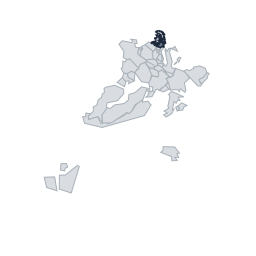 Greece on a map of Europe (Mercator projection), rotated 218°
{"feature_id": "GRC", "entity_name": "Greece", "entity_type": "country or territory", "adm_level": 0, "iso_a3": "GRC", "parent_name": "Europe", "parent_adm1": "", "projection": "mercator", "projection_center": [23.941, 38.339], "detail": "fine", "context": "in_parent", "style": "filled", "palette": "slate", "viewbox_px": 256, "rotation_deg": 218, "n_neighbors": 37, "source": "natural_earth", "source_scale": "50m", "svg_char_len": 12685}
<svg xmlns="http://www.w3.org/2000/svg" viewBox="0 0 256 256"><g transform="rotate(218 128 128)"><path d="M132.7,41.8L144.7,37.6L153.0,48.6L148.4,52.3L144.9,67.3L142.7,67.7L132.7,41.8ZM170.4,113.9L165.9,116.4L166.6,112.8L164.3,110.6L158.8,118.5L152.4,114.8L149.9,119.7L146.5,118.9L138.4,136.4L138.4,139.5L136.6,139.5L135.4,143.3L136.1,154.9L133.8,159.4L132.5,157.2L128.9,161.3L124.0,160.4L122.7,147.9L148.7,112.5L165.1,105.0L170.8,109.1L168.4,110.5L170.4,113.9ZM163.7,37.6L155.7,44.3L145.3,34.8L155.5,31.0L163.7,37.6ZM158.8,58.6L154.7,62.1L151.5,60.2L152.7,57.9L151.6,55.1L155.4,53.3L158.8,58.6Z" fill="#d9dde1" stroke="#a8b0b8" stroke-width="1"/><path d="M118.2,184.1L128.4,190.1L124.6,196.4L127.2,204.3L117.0,207.6L110.1,204.9L111.4,198.3L105.4,193.1L105.2,191.1L110.7,191.2L110.1,188.0L111.8,189.2L118.2,184.1ZM129.7,209.5L130.8,206.0L130.5,210.0L129.7,209.5Z" fill="#d9dde1" stroke="#a8b0b8" stroke-width="1"/><path d="M133.8,159.4L136.7,150.5L135.4,143.3L136.6,139.5L138.4,139.5L144.3,121.7L151.3,116.2L156.6,122.0L157.3,131.1L154.1,132.3L152.7,138.0L146.2,144.8L144.9,150.3L147.9,155.0L144.4,159.9L142.6,168.8L137.3,171.2L133.8,159.4Z" fill="#d9dde1" stroke="#a8b0b8" stroke-width="1"/><path d="M165.1,168.6L170.0,170.6L169.8,173.0L173.3,177.5L170.8,178.3L171.7,181.3L169.4,183.6L156.6,182.8L156.5,175.8L160.3,174.6L162.0,170.4L165.1,168.6Z" fill="#d9dde1" stroke="#a8b0b8" stroke-width="1"/><path d="M177.6,199.2L180.4,199.7L175.5,202.6L172.9,200.1L175.0,198.7L171.5,196.4L166.0,200.1L166.3,197.2L168.5,197.2L166.0,192.6L159.0,193.7L154.0,191.8L157.3,186.2L156.6,182.8L158.5,181.9L169.4,183.6L170.1,181.4L175.3,180.6L178.2,185.7L186.8,188.5L186.2,193.2L177.5,197.6L177.6,199.2Z" fill="#d9dde1" stroke="#a8b0b8" stroke-width="1"/><path d="M156.5,175.8L157.1,179.5L156.0,180.1L157.5,185.4L155.2,190.1L143.2,186.2L139.3,178.6L139.4,176.3L145.8,172.8L156.5,175.8Z" fill="#d9dde1" stroke="#a8b0b8" stroke-width="1"/><path d="M144.6,192.6L142.9,196.5L140.4,197.2L130.9,195.4L137.2,194.4L138.5,190.5L143.8,190.8L144.6,192.6Z" fill="#d9dde1" stroke="#a8b0b8" stroke-width="1"/><path d="M154.0,191.8L155.1,193.3L152.0,197.5L147.3,198.9L143.2,196.1L144.6,192.6L154.0,191.8Z" fill="#d9dde1" stroke="#a8b0b8" stroke-width="1"/><path d="M162.3,192.3L166.0,192.6L168.5,197.2L166.3,197.2L165.2,199.7L165.0,196.2L162.3,192.3Z" fill="#d9dde1" stroke="#a8b0b8" stroke-width="1"/><path d="M165.2,199.7L167.7,200.2L165.8,204.2L155.5,203.9L150.6,198.0L155.9,192.7L162.3,192.3L165.0,196.2L165.2,199.7Z" fill="#d9dde1" stroke="#a8b0b8" stroke-width="1"/><path d="M162.0,170.4L160.3,174.6L156.5,175.8L152.1,169.0L159.0,167.9L162.0,170.4Z" fill="#d9dde1" stroke="#a8b0b8" stroke-width="1"/><path d="M163.5,164.2L165.1,168.6L162.0,170.4L159.0,167.9L152.1,169.0L154.8,163.3L156.2,165.8L159.6,162.5L163.5,164.2Z" fill="#d9dde1" stroke="#a8b0b8" stroke-width="1"/><path d="M164.7,157.2L163.5,164.2L158.0,163.1L156.3,158.3L164.7,157.2Z" fill="#d9dde1" stroke="#a8b0b8" stroke-width="1"/><path d="M139.4,176.3L141.1,184.2L136.0,186.6L138.5,190.5L137.2,194.4L127.3,194.0L128.4,190.1L125.8,189.6L124.7,187.0L124.6,182.0L126.1,180.9L126.6,176.5L128.5,177.0L129.7,175.4L129.2,172.5L131.7,172.4L133.6,175.5L136.5,174.0L139.4,176.3Z" fill="#d9dde1" stroke="#a8b0b8" stroke-width="1"/><path d="M155.0,202.9L155.5,203.9L165.8,204.2L164.8,208.5L155.6,210.1L155.0,202.9Z" fill="#d9dde1" stroke="#a8b0b8" stroke-width="1"/><path d="M152.0,211.3L150.4,214.2L149.1,212.7L149.7,206.8L152.0,211.3Z" fill="#d9dde1" stroke="#a8b0b8" stroke-width="1"/><path d="M143.9,197.0L149.0,200.3L142.4,201.4L147.3,207.3L142.9,204.7L140.8,200.7L138.6,200.6L143.9,197.0Z" fill="#d9dde1" stroke="#a8b0b8" stroke-width="1"/><path d="M131.1,194.2L132.6,197.0L126.9,198.9L124.6,197.6L125.9,194.2L131.1,194.2Z" fill="#d9dde1" stroke="#a8b0b8" stroke-width="1"/><path d="M124.2,187.1L124.9,188.9L124.0,188.7L124.2,187.1Z" fill="#d9dde1" stroke="#a8b0b8" stroke-width="1"/><path d="M124.9,185.1L124.0,188.7L118.2,184.1L122.7,183.1L124.9,185.1Z" fill="#d9dde1" stroke="#a8b0b8" stroke-width="1"/><path d="M126.2,177.1L124.9,185.1L119.7,183.5L122.2,178.3L126.2,177.1Z" fill="#d9dde1" stroke="#a8b0b8" stroke-width="1"/><path d="M97.1,208.8L98.5,207.8L101.9,210.0L99.9,214.2L100.8,217.8L99.3,220.7L97.4,220.6L97.5,217.4L96.2,216.3L97.1,208.8Z" fill="#d9dde1" stroke="#a8b0b8" stroke-width="1"/><path d="M100.0,220.1L99.9,214.2L101.9,210.0L98.5,207.8L97.1,208.8L96.5,205.9L99.0,204.1L119.1,207.3L117.4,210.4L115.1,210.9L113.1,215.0L113.8,216.3L109.7,221.1L103.8,222.7L100.0,220.1Z" fill="#d9dde1" stroke="#a8b0b8" stroke-width="1"/><path d="M102.3,175.9L101.2,180.8L95.4,182.1L96.9,179.0L95.9,175.9L99.8,171.9L99.8,175.3L102.3,175.9Z" fill="#d9dde1" stroke="#a8b0b8" stroke-width="1"/><path d="M132.7,195.9L138.8,197.0L139.1,199.4L136.1,199.9L136.6,203.2L147.2,212.5L147.0,213.8L144.4,212.3L144.8,215.9L142.3,218.2L143.0,215.8L141.8,213.2L134.1,207.6L132.3,203.7L129.9,202.5L127.2,204.3L126.1,198.3L132.7,195.9ZM136.3,218.9L142.0,217.5L141.2,221.2L136.3,218.9ZM128.5,211.0L131.5,212.1L131.3,215.3L129.7,215.9L128.5,211.0Z" fill="#d9dde1" stroke="#a8b0b8" stroke-width="1"/><path d="M131.7,172.4L129.2,172.5L128.4,167.4L132.9,163.3L132.3,166.2L133.6,167.6L131.7,172.4ZM136.2,168.8L135.7,173.0L133.8,171.2L133.5,169.8L136.2,168.8Z" fill="#d9dde1" stroke="#a8b0b8" stroke-width="1"/><path d="M102.3,175.9L99.8,175.3L99.8,171.9L103.3,173.8L102.3,175.9ZM108.0,177.3L104.4,169.8L103.4,171.4L102.4,166.5L104.5,160.2L108.1,160.2L106.2,164.0L110.0,163.5L107.9,169.2L109.8,169.4L114.5,178.8L116.7,179.4L116.3,183.7L103.1,186.9L107.4,183.3L104.0,181.6L105.9,180.7L105.3,177.1L108.0,177.3Z" fill="#d9dde1" stroke="#a8b0b8" stroke-width="1"/><path d="M87.1,129.0L86.7,131.9L88.8,134.9L79.5,141.8L72.0,139.9L73.8,138.0L69.9,136.0L73.0,133.8L69.2,132.8L73.2,129.2L76.0,132.3L87.1,129.0Z" fill="#d9dde1" stroke="#a8b0b8" stroke-width="1"/><path d="M138.8,197.0L143.2,196.1L143.9,197.0L141.6,199.7L138.7,199.6L138.8,197.0Z" fill="#d9dde1" stroke="#a8b0b8" stroke-width="1"/><path d="M166.6,112.8L165.6,119.9L168.4,123.2L166.7,126.8L168.8,132.0L167.6,135.7L169.2,138.9L168.5,141.6L171.2,144.4L170.5,146.4L164.9,153.5L155.4,155.9L152.6,152.7L153.0,143.1L160.0,135.0L156.7,129.3L156.6,122.0L151.3,116.2L158.8,118.5L164.3,110.6L166.6,112.8Z" fill="#d9dde1" stroke="#a8b0b8" stroke-width="1"/><path d="M154.8,190.0L153.6,192.1L146.2,193.6L144.5,191.7L147.5,188.8L154.8,190.0Z" fill="#d9dde1" stroke="#a8b0b8" stroke-width="1"/><path d="M141.1,184.2L145.7,186.3L148.1,188.8L139.8,191.4L136.5,188.7L136.0,186.6L141.1,184.2Z" fill="#d9dde1" stroke="#a8b0b8" stroke-width="1"/><path d="M147.5,206.9L143.7,203.4L142.8,200.3L149.0,201.3L149.2,204.6L147.5,206.9Z" fill="#d9dde1" stroke="#a8b0b8" stroke-width="1"/><path d="M154.5,207.7L155.6,210.1L151.3,210.7L151.6,208.3L154.5,207.7Z" fill="#d9dde1" stroke="#a8b0b8" stroke-width="1"/><path d="M148.0,198.6L150.6,198.0L155.1,202.0L154.8,207.3L153.0,207.9L151.6,205.3L150.6,206.5L148.7,204.7L148.0,198.6Z" fill="#d9dde1" stroke="#a8b0b8" stroke-width="1"/><path d="M150.3,207.0L149.0,208.8L147.3,207.3L148.7,204.7L150.3,207.0Z" fill="#d9dde1" stroke="#a8b0b8" stroke-width="1"/><path d="M151.2,208.8L150.3,207.0L151.3,205.5L153.4,206.8L151.2,208.8Z" fill="#d9dde1" stroke="#a8b0b8" stroke-width="1"/><path d="M161.5,209.1L162.2,209.5L162.3,209.9L162.2,210.1L161.7,210.3L161.8,210.9L161.3,211.5L161.2,211.6L160.9,211.3L159.7,211.1L159.5,210.9L158.9,211.3L158.3,211.0L157.6,211.6L157.0,211.5L157.2,212.0L157.2,212.3L157.5,212.3L157.9,212.5L158.1,213.0L157.8,212.6L157.3,212.5L157.0,212.5L157.4,213.0L157.5,213.3L157.4,213.4L157.2,213.3L156.9,212.8L156.4,212.7L156.3,212.8L156.4,213.0L156.9,213.4L156.8,213.5L156.4,213.3L156.2,213.1L156.2,212.8L155.4,212.4L155.4,212.1L155.5,211.9L155.0,212.1L155.0,212.4L154.9,213.0L155.3,213.8L155.6,214.4L156.1,214.8L156.2,215.3L155.9,215.4L155.9,215.1L155.6,214.9L155.5,215.0L155.3,215.1L155.4,215.3L155.6,215.6L155.8,215.6L155.3,215.9L154.9,216.0L155.7,216.3L155.9,216.5L156.1,216.5L156.3,216.8L156.7,216.9L156.9,217.2L157.4,217.4L157.5,217.7L157.6,218.7L157.4,218.8L156.7,218.0L156.6,217.9L156.0,218.1L155.7,218.3L155.9,218.5L156.0,218.9L156.4,219.0L156.5,219.3L155.9,219.6L155.8,219.3L155.7,219.2L155.2,219.0L155.2,219.4L155.4,219.7L155.7,220.7L155.7,221.1L155.9,221.6L155.6,221.4L155.2,220.8L154.9,220.8L154.7,221.3L154.7,221.6L154.5,221.4L154.5,221.0L154.0,220.3L153.7,220.3L153.7,220.8L153.3,220.6L153.0,220.1L153.0,219.9L153.2,219.6L153.2,219.4L153.0,219.1L152.6,218.8L152.5,218.5L152.2,218.3L152.5,218.0L152.7,217.6L153.2,217.6L153.5,217.3L155.5,218.1L155.4,217.9L155.9,217.8L156.0,217.7L155.8,217.6L155.3,217.5L154.6,217.0L154.4,217.2L153.7,217.1L152.8,217.3L152.6,216.9L152.5,217.2L152.3,217.2L152.2,217.1L152.0,216.5L151.8,216.2L151.6,216.1L151.6,215.9L151.8,215.8L152.2,215.9L152.3,215.9L152.2,215.6L151.6,215.7L151.0,215.1L150.7,214.9L150.5,214.4L150.2,214.0L150.4,214.1L150.6,214.1L150.7,213.8L150.9,213.8L150.7,213.4L150.9,213.2L151.4,213.0L151.6,212.3L151.9,212.1L152.0,211.8L151.9,211.5L151.9,211.3L152.6,211.2L153.0,211.2L153.4,211.0L153.8,210.6L154.1,210.5L154.7,210.6L155.1,210.5L155.2,210.1L155.9,210.1L156.1,210.0L156.8,210.0L157.5,209.8L157.6,209.6L158.4,209.6L158.6,209.8L158.9,210.1L159.0,210.0L159.3,210.0L159.8,210.3L160.7,210.1L161.0,210.2L161.4,210.0L161.4,209.6L161.2,209.3L161.3,209.2L161.5,209.1ZM157.1,223.6L157.5,223.7L157.8,223.5L157.7,223.7L157.9,223.8L158.0,224.0L158.8,223.9L159.3,223.9L159.5,224.1L160.2,224.2L160.6,224.1L160.7,224.5L161.2,224.4L161.4,224.4L161.7,224.1L161.6,224.7L161.4,224.8L160.8,224.8L158.9,225.0L158.8,224.9L158.8,224.6L158.3,224.5L156.7,224.3L156.6,223.9L156.7,223.6L156.8,223.6L157.0,223.4L157.1,223.6ZM156.2,215.6L156.6,216.1L157.2,216.4L157.7,216.5L157.8,216.8L158.0,217.5L158.5,217.7L158.5,218.0L158.4,218.1L158.1,218.0L157.9,217.7L157.5,217.1L157.0,217.1L156.8,217.0L156.8,216.7L156.1,216.2L155.7,216.0L155.4,216.0L156.1,215.6L156.2,215.6ZM161.9,214.9L161.8,215.0L162.2,215.4L162.2,215.6L161.8,215.7L161.4,215.6L161.6,215.2L161.4,215.2L161.3,215.5L160.9,215.4L160.8,215.2L161.0,215.0L161.3,215.0L161.4,214.9L161.8,214.8L161.9,214.9ZM164.5,222.8L164.3,222.8L164.3,222.7L164.3,222.4L164.3,222.2L164.6,221.8L165.2,221.6L165.0,222.1L164.9,222.3L164.7,222.5L164.5,222.8ZM161.4,217.3L161.1,217.6L160.9,217.5L160.9,217.4L161.1,217.2L160.8,216.8L160.8,216.7L161.1,216.6L161.4,216.8L161.4,217.3ZM151.2,216.9L151.3,217.4L151.6,217.7L151.5,217.9L151.3,217.7L151.1,217.8L151.0,217.5L150.8,217.6L150.9,217.2L151.1,217.2L151.2,216.9ZM150.3,214.7L150.3,214.8L149.9,214.6L149.5,213.9L149.9,213.7L150.0,213.9L149.9,214.1L150.0,214.2L150.1,214.6L150.3,214.7ZM160.1,213.2L159.9,213.8L159.8,213.7L159.7,213.6L159.4,213.7L159.4,213.3L159.7,213.3L159.8,213.4L160.1,213.2ZM162.6,218.5L163.0,218.6L162.7,218.8L162.2,218.7L162.3,218.5L162.6,218.5ZM158.9,211.8L158.6,211.9L158.4,211.8L158.4,211.7L158.6,211.4L158.8,211.4L158.9,211.6L158.9,211.8ZM151.8,218.5L152.0,218.7L151.8,218.6L151.7,218.8L151.3,218.4L151.4,218.2L151.5,218.4L151.8,218.5ZM160.3,220.4L160.1,220.5L160.0,220.2L160.3,219.9L160.4,220.0L160.3,220.4ZM159.3,218.6L159.2,218.7L158.8,218.3L158.7,218.1L158.9,218.0L159.0,218.2L159.3,218.6ZM163.4,223.8L163.2,223.9L163.1,223.5L163.2,223.2L163.4,223.0L163.2,223.4L163.4,223.8ZM151.5,216.5L151.2,216.7L151.2,216.2L151.4,216.1L151.5,216.5ZM155.8,222.0L155.7,222.3L155.5,222.2L155.5,221.9L155.5,221.7L155.8,222.0ZM163.6,220.6L162.8,220.9L163.3,220.6L163.6,220.6ZM161.5,219.0L161.1,219.1L161.3,218.9L161.8,218.8L161.5,219.0ZM159.8,220.2L159.7,220.3L159.5,220.2L159.8,220.0L159.8,220.2ZM159.8,218.9L159.7,219.1L159.3,218.8L159.8,218.9ZM158.7,216.1L158.3,215.9L158.4,215.7L158.5,215.8L158.5,216.0L158.7,216.1ZM160.5,212.3L160.3,212.4L160.1,212.2L160.3,212.1L160.5,212.3ZM158.4,220.9L158.4,221.0L158.1,221.1L158.1,220.9L158.2,221.0L158.4,220.9ZM160.9,220.8L160.6,220.8L161.1,220.5L160.9,220.8ZM158.2,218.8L158.0,219.1L158.0,218.9L158.2,218.8ZM160.0,219.4L159.9,219.4L159.9,219.2L160.1,219.2L160.0,219.4ZM162.0,221.3L161.7,221.4L161.6,221.2L161.7,221.3L161.8,221.2L162.0,221.3ZM163.0,220.4L162.8,220.4L162.7,220.1L163.0,220.3L163.0,220.4ZM158.3,219.4L158.2,219.6L158.2,219.4L158.3,219.2L158.3,219.4ZM151.5,217.3L151.3,216.9L151.4,217.0L151.5,217.3ZM160.0,221.0L159.8,220.9L160.0,221.0ZM157.1,215.4L157.0,215.5L156.9,215.5L156.7,215.2L157.1,215.4ZM156.6,218.2L156.4,218.2L156.5,218.0L156.6,218.2ZM158.4,220.0L158.2,220.0L158.3,219.9L158.4,220.0ZM160.2,221.7L160.1,221.8L160.0,221.7L160.2,221.7ZM158.8,220.5L158.7,220.4L158.8,220.3L158.8,220.5ZM164.5,221.1L164.5,221.4L164.4,221.2L164.5,221.1ZM157.4,215.1L157.2,215.3L157.3,215.2L157.4,215.1ZM159.2,219.2L159.2,219.4L159.1,219.2L159.2,219.2Z" fill="#64748b" stroke="#1e293b" stroke-width="1.5"/></g></svg>